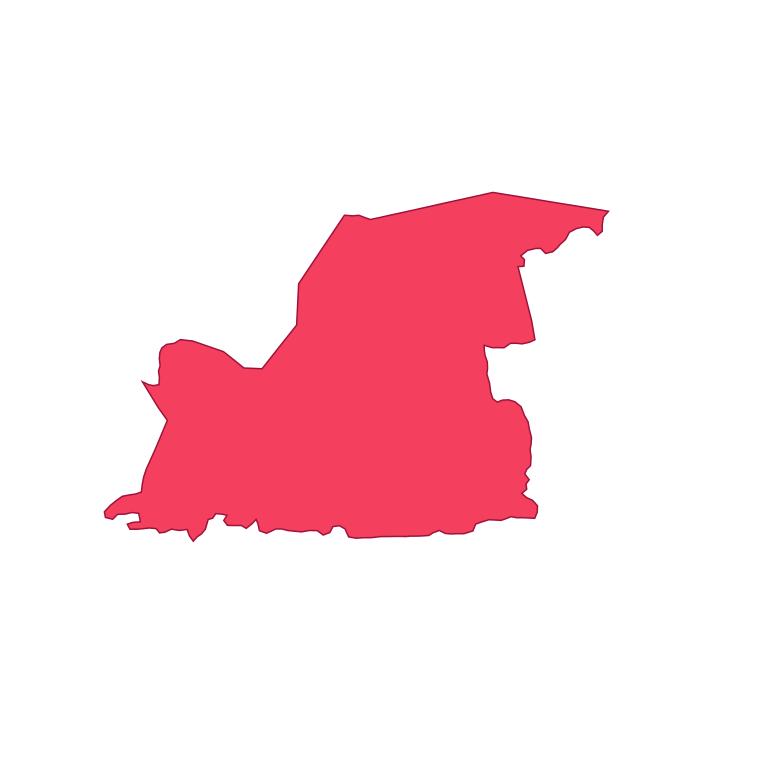 Amargosa, Bahia, Brazil, rotated 126°
{"feature_id": "56859067B13463392210040", "entity_name": "Amargosa", "entity_type": "district", "adm_level": 2, "iso_a3": "BRA", "parent_name": "Brazil", "parent_adm1": "Bahia", "projection": "albers", "projection_center": [-39.603, -13.033], "detail": "fine", "context": "isolated", "style": "filled", "palette": "rose", "viewbox_px": 768, "rotation_deg": 126, "n_neighbors": 0, "source": "geoboundaries", "source_scale": "gbopen_adm2", "svg_char_len": 2499}
<svg xmlns="http://www.w3.org/2000/svg" viewBox="0 0 768 768"><g transform="rotate(126 384 384)"><path d="M552.1,363.8L546.5,358.4L541.9,351.9L541.9,344.4L536.0,340.5L529.4,341.5L524.9,336.8L524.1,330.4L528.5,322.8L525.3,316.2L520.5,310.3L515.6,303.7L509.9,297.6L505.8,292.1L501.6,286.5L498.1,281.8L494.7,276.8L491.6,273.3L488.5,269.0L485.1,264.6L480.2,258.7L475.6,256.9L470.0,253.2L468.9,246.6L465.8,241.5L461.4,235.9L458.3,231.5L450.6,225.7L443.4,227.5L437.0,223.0L432.1,219.3L428.7,214.1L425.6,209.2L421.2,206.1L416.6,203.2L414.3,198.2L411.2,194.0L407.6,188.6L404.1,183.1L397.5,184.7L392.3,188.3L390.8,195.5L392.1,201.8L391.5,208.2L385.2,206.7L381.4,210.3L376.1,210.3L374.0,217.2L369.4,218.3L363.8,217.5L356.5,222.2L351.1,227.3L346.2,229.7L340.7,233.1L334.8,240.2L329.9,245.2L326.8,252.1L321.9,259.6L321.4,267.7L323.5,273.8L327.3,278.6L332.0,281.7L332.0,287.3L327.9,292.9L321.4,299.0L315.4,306.7L310.6,309.3L305.5,313.3L301.4,319.1L297.8,322.6L293.8,325.7L291.0,317.8L287.9,313.6L284.1,308.2L276.8,305.6L273.4,301.1L270.4,295.9L264.9,291.0L259.5,287.9L245.8,302.0L210.3,344.6L206.5,340.0L200.8,343.5L200.0,348.7L191.5,346.4L185.1,340.9L182.2,336.9L183.4,330.0L177.8,325.2L172.1,323.9L167.3,323.5L160.3,322.1L152.3,323.2L145.3,319.8L139.9,315.2L136.6,310.0L137.0,304.1L138.3,298.7L132.2,297.2L126.6,301.2L120.0,304.6L112.3,303.9L165.0,408.5L192.9,433.2L202.1,441.4L234.8,470.2L243.6,478.1L252.4,485.8L258.9,491.7L260.5,496.9L262.3,503.5L266.3,508.1L270.7,515.2L353.0,512.0L387.7,489.3L415.0,490.5L443.3,491.6L453.4,506.7L452.7,520.5L452.2,532.9L461.7,564.1L465.3,570.4L467.6,574.7L474.4,577.6L479.8,583.2L485.4,584.9L490.0,583.9L495.4,580.8L500.9,575.8L506.0,574.1L510.9,569.4L516.8,565.7L520.7,569.4L522.9,573.9L524.2,580.7L535.6,553.2L540.8,537.9L569.9,531.0L582.3,528.4L592.6,526.3L600.4,523.8L607.0,520.7L614.0,516.8L618.9,520.2L623.6,525.0L628.7,529.7L635.8,532.1L642.8,534.0L651.8,535.1L655.7,530.9L652.9,524.0L646.0,522.9L641.3,516.8L636.1,512.3L632.8,506.4L638.7,500.1L643.6,505.9L648.3,509.3L650.8,504.1L646.7,498.5L642.9,494.1L638.4,489.2L634.9,483.2L636.4,478.1L632.8,474.2L626.4,470.7L622.8,463.5L617.4,457.8L621.2,452.2L623.3,445.9L617.4,445.3L612.5,443.5L606.3,443.2L597.0,446.6L593.2,443.7L587.8,443.9L584.6,438.7L582.5,433.9L588.6,433.4L590.4,427.6L587.0,422.6L582.3,416.2L581.8,410.6L574.6,408.6L568.7,407.9L571.2,403.8L575.9,398.5L573.8,391.3L569.2,388.7L564.8,386.3L561.3,381.3L559.1,375.8L556.3,370.9L552.1,363.8Z" fill="#f43f5e" stroke="#9f1239" stroke-width="1.5"/></g></svg>